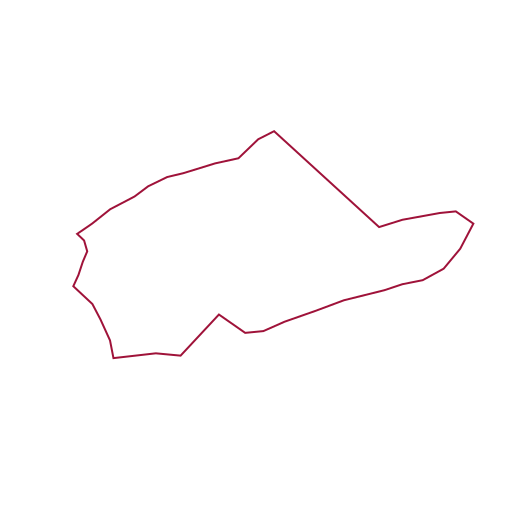 Agios Georgios Kafkaliou, Nicosia, Cyprus (orthographic projection), rotated 223°
{"feature_id": "46923920B34200358221889", "entity_name": "Agios Georgios Kafkaliou", "entity_type": "district", "adm_level": 2, "iso_a3": "CYP", "parent_name": "Cyprus", "parent_adm1": "Nicosia", "projection": "orthographic", "projection_center": [33.003, 35.032], "detail": "fine", "context": "isolated", "style": "outline", "palette": "rose", "viewbox_px": 512, "rotation_deg": 223, "n_neighbors": 0, "source": "geoboundaries", "source_scale": "gbopen_adm2", "svg_char_len": 679}
<svg xmlns="http://www.w3.org/2000/svg" viewBox="0 0 512 512"><g transform="rotate(223 256 256)"><path d="M290.6,84.1L262.9,116.5L243.2,131.7L243.2,187.9L211.5,192.4L199.4,206.1L190.3,227.4L175.2,256.2L161.5,283.6L138.8,318.5L129.7,335.2L117.6,352.0L110.1,374.7L111.6,400.6L119.1,427.9L140.3,424.9L150.9,412.8L160.0,400.6L173.6,382.4L185.7,361.1L327.9,359.6L334.0,342.9L335.5,315.5L349.1,295.8L365.7,266.9L374.8,253.2L382.4,233.5L385.4,216.7L391.3,199.9L394.5,190.9L397.9,168.2L398.7,164.4L401.9,150.2L392.3,150.1L382.6,144.3L378.7,133.6L372.9,121.0L369.0,109.3L356.4,109.3L342.9,109.3L326.4,103.5L305.2,94.7L290.6,84.1Z" fill="none" stroke="#9f1239" stroke-width="2"/></g></svg>